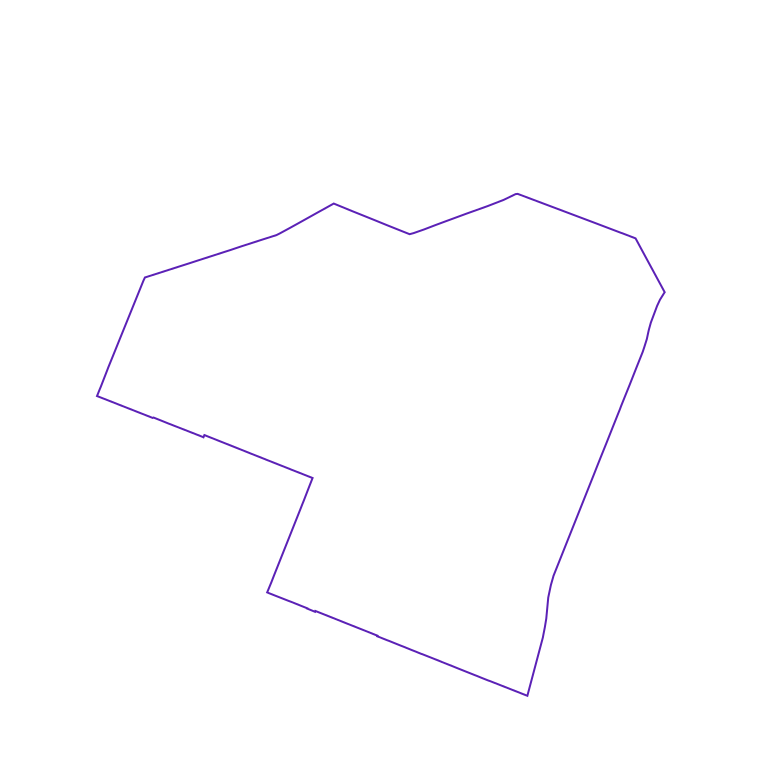 Prospect, South Australia, Australia (Albers equal-area conic projection), rotated 205°
{"feature_id": "25037944B26135803940358", "entity_name": "Prospect", "entity_type": "district", "adm_level": 2, "iso_a3": "AUS", "parent_name": "Australia", "parent_adm1": "South Australia", "projection": "albers", "projection_center": [138.598, -34.885], "detail": "fine", "context": "isolated", "style": "outline", "palette": "violet", "viewbox_px": 768, "rotation_deg": 205, "n_neighbors": 0, "source": "geoboundaries", "source_scale": "gbopen_adm2", "svg_char_len": 2098}
<svg xmlns="http://www.w3.org/2000/svg" viewBox="0 0 768 768"><g transform="rotate(205 384 384)"><path d="M343.2,612.8L345.0,611.7L352.9,602.0L353.3,601.5L365.3,589.0L381.2,573.3L393.6,560.8L396.4,558.0L404.4,549.9L413.0,541.0L421.0,533.2L424.1,530.6L432.7,530.1L448.5,529.2L460.7,528.6L468.3,528.2L486.5,527.2L497.3,526.7L505.8,526.3L510.0,520.5L517.2,510.6L520.8,505.6L529.9,493.0L535.0,486.0L542.1,476.4L544.4,473.5L555.8,463.0L558.6,460.4L571.0,448.9L577.1,443.1L579.6,440.7L584.7,436.0L594.5,426.9L605.5,416.7L611.7,410.9L619.4,403.8L645.7,379.5L645.7,377.2L645.7,376.0L643.5,333.4L642.4,311.8L641.5,294.6L640.9,282.6L640.7,279.9L639.5,261.8L639.4,259.1L639.0,251.8L579.3,255.5L578.7,256.2L570.0,256.7L562.2,257.1L559.9,257.3L557.8,257.4L526.2,259.4L525.1,259.4L525.2,261.8L476.8,264.6L476.4,264.6L461.3,265.5L460.2,265.6L459.1,265.6L446.0,266.4L432.8,267.2L431.8,267.2L430.7,267.3L409.0,268.6L408.4,259.0L407.4,244.2L407.2,240.3L407.0,237.3L405.2,206.3L404.2,188.8L402.8,164.5L402.3,156.8L401.8,145.7L393.4,146.2L385.5,146.7L378.9,147.1L376.6,147.3L367.7,147.8L365.5,147.9L358.8,148.3L358.8,148.0L350.2,148.4L350.3,149.3L317.0,151.2L300.2,152.2L283.5,153.1L283.5,152.5L282.0,152.6L273.1,153.1L270.8,153.3L268.8,153.4L266.8,153.5L257.6,154.0L256.3,154.1L253.2,154.3L252.1,154.3L250.9,154.4L246.5,154.6L242.0,154.9L239.4,155.0L235.7,155.2L235.4,155.3L228.7,155.7L215.1,156.5L214.0,156.5L202.6,157.2L198.5,157.4L196.6,157.5L187.8,158.0L181.0,158.4L179.0,158.5L176.3,158.7L171.9,158.9L164.9,159.3L163.5,159.4L163.1,159.5L122.3,162.0L132.9,221.5L133.3,223.0L135.5,231.8L137.8,240.0L144.9,259.9L147.8,272.4L149.1,280.6L149.3,281.6L152.7,341.1L155.6,391.8L156.1,399.9L156.6,408.6L157.1,418.1L157.5,425.5L158.5,442.5L159.3,456.6L159.5,460.6L159.8,464.3L160.3,473.4L161.0,486.9L162.1,504.8L162.5,511.8L163.1,522.5L163.7,527.6L164.8,535.9L166.3,542.4L166.9,545.2L168.1,552.4L169.5,570.2L169.5,577.0L168.6,584.5L168.4,585.8L188.2,600.5L194.0,604.8L206.4,614.0L216.2,621.3L217.6,622.3L232.1,621.3L232.6,621.2L261.1,619.1L309.4,615.4L343.2,612.8Z" fill="none" stroke="#5b21b6" stroke-width="2"/></g></svg>